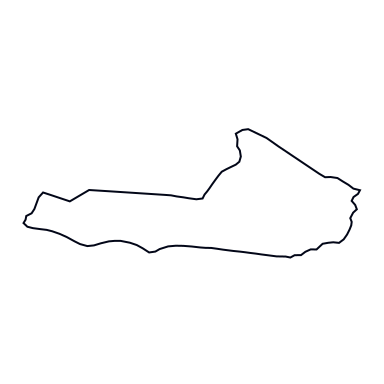 outline of Pitimbu, Paraíba, Brazil, rotated 91°
{"feature_id": "56859067B97303044922384", "entity_name": "Pitimbu", "entity_type": "district", "adm_level": 2, "iso_a3": "BRA", "parent_name": "Brazil", "parent_adm1": "Paraíba", "projection": "equal_earth", "projection_center": [-34.838, -7.446], "detail": "fine", "context": "isolated", "style": "outline", "palette": "ink", "viewbox_px": 384, "rotation_deg": 91, "n_neighbors": 0, "source": "geoboundaries", "source_scale": "gbopen_adm2", "svg_char_len": 1430}
<svg xmlns="http://www.w3.org/2000/svg" viewBox="0 0 384 384"><g transform="rotate(91 192 192)"><path d="M194.3,179.4L198.3,181.3L199.2,187.5L198.3,195.1L197.5,200.4L196.7,207.2L195.7,212.9L195.4,218.3L192.7,275.1L191.8,294.9L203.5,314.0L197.2,334.0L195.1,340.9L200.0,345.2L211.8,349.3L216.1,352.0L218.9,357.3L222.5,357.9L226.0,359.9L229.6,356.0L230.9,350.5L231.8,342.7L232.4,336.7L233.7,331.1L236.1,323.8L239.2,316.5L243.3,308.7L246.0,303.1L247.9,295.7L247.1,289.1L244.9,282.3L242.8,274.2L242.2,268.4L242.1,262.6L243.8,253.2L246.0,246.3L249.1,240.4L253.2,233.8L252.2,227.6L249.6,223.3L246.8,214.9L246.0,207.2L246.0,199.8L246.5,191.3L247.3,182.9L247.6,177.7L247.6,171.8L248.3,166.0L249.1,160.0L250.2,149.9L250.8,142.7L251.3,137.9L251.9,132.8L252.5,127.0L253.2,121.6L253.8,116.1L254.9,106.3L254.9,97.3L255.8,92.5L253.4,88.3L253.2,81.9L249.8,77.6L247.3,72.3L247.3,66.5L241.5,60.5L240.4,54.9L239.8,49.9L240.3,44.1L236.7,39.5L231.8,36.2L226.8,33.8L222.6,32.2L219.1,31.8L215.4,33.3L209.8,30.5L206.4,26.9L202.1,28.6L198.1,32.2L194.2,30.4L191.0,26.0L187.3,24.1L185.8,30.7L182.1,35.7L178.7,41.6L175.5,46.8L174.6,53.7L174.9,59.2L171.6,65.0L144.8,106.5L136.7,118.4L128.2,136.9L129.1,142.7L132.9,149.2L138.5,147.4L145.5,147.7L149.6,144.9L155.7,143.8L160.9,145.2L163.9,148.7L166.2,153.3L168.6,158.0L171.2,162.6L175.2,165.8L179.1,168.6L183.7,171.8L188.1,174.7L191.2,176.9L194.3,179.4Z" fill="none" stroke="#020617" stroke-width="2"/></g></svg>